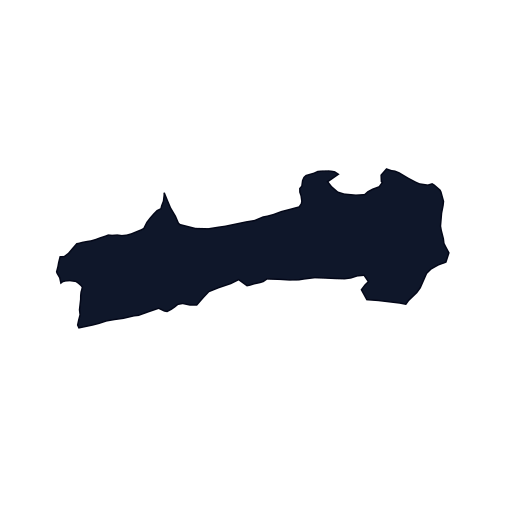 the district of Rania, As-Sulaymaniyah, Iraq, rotated 131°
{"feature_id": "34846034B64750454445952", "entity_name": "Rania", "entity_type": "district", "adm_level": 2, "iso_a3": "IRQ", "parent_name": "Iraq", "parent_adm1": "As-Sulaymaniyah", "projection": "albers", "projection_center": [44.943, 36.167], "detail": "fine", "context": "isolated", "style": "filled", "palette": "ink", "viewbox_px": 512, "rotation_deg": 131, "n_neighbors": 0, "source": "geoboundaries", "source_scale": "gbopen_adm2", "svg_char_len": 2307}
<svg xmlns="http://www.w3.org/2000/svg" viewBox="0 0 512 512"><g transform="rotate(131 256 256)"><path d="M385.1,403.3L390.4,400.6L393.9,398.5L398.7,396.1L399.5,394.7L401.1,389.9L404.4,385.5L402.2,385.1L399.7,383.4L396.7,380.4L393.3,375.2L393.0,372.2L393.0,369.1L393.3,366.7L395.8,365.3L398.0,364.3L401.0,362.2L403.8,359.8L412.4,353.9L415.7,350.2L420.6,347.8L425.1,345.3L426.4,342.5L415.3,334.1L409.8,330.3L403.1,326.3L396.7,321.1L390.1,315.3L381.2,308.9L377.9,305.8L369.3,301.0L359.3,295.2L357.6,289.1L356.2,286.7L351.8,285.0L347.9,284.0L343.8,283.3L339.9,280.2L336.3,273.7L331.9,268.6L321.7,268.6L313.9,268.3L304.5,263.5L295.1,258.0L293.4,257.0L285.2,253.6L284.3,243.3L282.1,241.6L278.2,239.2L276.1,237.6L273.3,235.5L270.5,233.8L266.1,232.7L257.8,222.5L252.3,215.3L245.9,208.1L241.8,204.7L233.8,197.5L227.4,189.6L220.6,181.0L215.0,174.2L210.4,170.1L204.6,166.6L199.6,161.8L201.6,154.3L206.2,154.7L212.3,154.3L216.2,143.7L209.3,134.5L197.2,116.7L194.1,111.3L189.6,111.7L178.1,110.7L172.3,111.2L164.9,113.5L157.2,115.9L151.0,115.4L146.7,113.9L142.9,112.5L136.0,108.7L127.1,112.5L124.4,119.6L124.3,119.8L123.2,122.5L120.1,125.9L115.1,133.1L112.4,136.4L101.9,144.1L95.3,147.9L91.8,150.3L86.4,158.4L85.6,160.3L85.6,164.6L85.6,168.0L86.0,170.4L89.8,172.8L94.4,180.0L95.6,183.9L97.5,192.0L99.4,202.6L100.9,206.9L102.8,209.8L104.7,214.6L112.9,214.6L117.5,210.3L117.5,208.9L122.9,208.4L129.1,211.8L134.1,213.7L138.4,214.2L144.6,220.5L151.5,230.1L154.2,236.3L154.2,244.5L153.0,250.7L140.3,247.5L140.9,251.8L142.3,254.2L144.2,256.9L149.2,262.4L151.7,264.8L155.5,266.5L162.4,271.0L165.2,271.3L168.5,270.3L173.2,267.2L176.3,267.2L179.0,264.8L181.0,261.4L184.6,257.3L186.8,256.0L190.7,255.6L194.2,258.0L197.8,260.4L205.8,265.9L213.3,270.0L218.5,273.5L221.9,276.2L230.2,280.3L236.8,285.8L253.9,298.8L258.6,302.9L266.7,309.7L275.0,319.7L282.2,334.0L282.2,336.1L278.9,342.9L275.8,352.2L271.9,360.1L268.5,366.8L270.3,365.2L275.3,361.8L280.0,360.1L282.7,358.7L286.6,360.4L291.3,360.7L296.9,360.7L302.1,360.4L308.8,358.7L311.5,359.7L315.4,361.7L321.0,364.5L325.1,367.2L328.7,370.6L331.2,374.4L334.9,378.1L337.1,381.2L339.8,382.6L344.8,385.6L348.7,387.7L352.9,390.4L355.7,392.8L359.6,395.9L362.6,397.9L364.3,399.3L370.4,399.3L377.0,399.2L382.3,400.3L385.1,403.3Z" fill="#0f172a" stroke="#020617" stroke-width="1.5"/></g></svg>